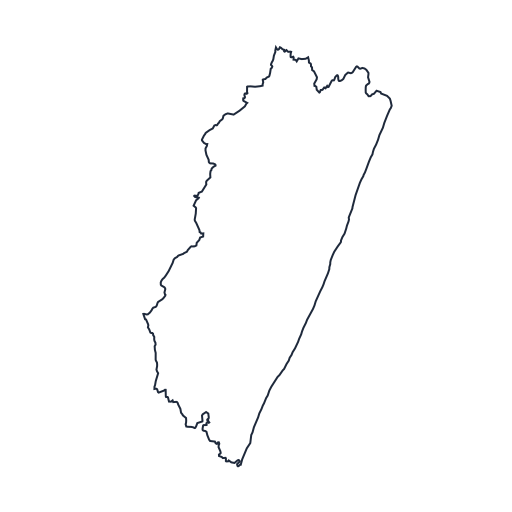 the district of Farafangana, Atsimo-Atsinanana, Madagascar, rotated 14°
{"feature_id": "10022922B75046296685916", "entity_name": "Farafangana", "entity_type": "district", "adm_level": 2, "iso_a3": "MDG", "parent_name": "Madagascar", "parent_adm1": "Atsimo-Atsinanana", "projection": "equal_earth", "projection_center": [47.638, -22.832], "detail": "fine", "context": "isolated", "style": "outline", "palette": "slate", "viewbox_px": 512, "rotation_deg": 14, "n_neighbors": 0, "source": "geoboundaries", "source_scale": "gbopen_adm2", "svg_char_len": 6021}
<svg xmlns="http://www.w3.org/2000/svg" viewBox="0 0 512 512"><g transform="rotate(14 256 256)"><path d="M224.9,48.8L225.0,51.9L225.4,53.3L224.9,57.3L225.2,60.9L225.0,62.6L224.5,64.2L224.2,66.3L224.3,66.9L225.7,67.8L226.0,68.3L225.7,69.8L225.0,70.7L225.4,75.0L225.4,77.9L225.2,78.7L223.2,80.3L222.3,82.0L220.1,83.0L219.9,83.4L221.0,85.7L220.9,87.7L221.2,89.1L219.0,90.2L214.2,92.0L209.7,92.7L206.7,93.6L206.4,93.9L207.7,99.3L208.3,100.0L208.1,100.5L207.3,101.0L206.4,100.8L205.9,101.1L205.7,101.8L205.8,102.7L206.9,104.5L206.6,105.7L205.5,106.1L205.6,106.8L205.8,107.8L206.3,108.5L210.4,109.6L209.8,110.5L209.0,113.5L204.8,119.1L200.1,124.2L194.1,124.5L192.3,125.7L191.5,126.5L190.5,127.8L190.5,130.6L190.2,131.5L188.2,134.0L187.8,135.7L187.1,136.7L186.7,138.2L186.3,138.7L185.1,138.7L184.0,139.5L183.2,142.7L180.6,145.0L177.7,148.4L177.2,149.3L177.2,149.9L176.4,151.7L175.4,156.2L175.6,156.9L178.2,158.9L180.6,159.5L181.6,159.2L181.7,161.1L181.0,163.8L181.5,165.9L183.4,169.8L186.8,174.1L187.5,176.2L188.3,176.9L189.2,177.2L192.0,176.6L194.0,176.9L194.6,177.3L194.9,178.1L193.3,179.6L192.2,181.2L191.8,182.3L191.9,183.6L191.4,184.4L191.4,185.2L191.7,187.5L192.7,190.8L190.2,194.6L189.7,195.7L189.9,197.1L190.5,198.6L187.9,206.6L185.1,208.6L185.1,210.1L184.6,211.8L181.7,212.3L181.5,212.7L182.7,213.5L186.4,213.3L186.3,213.9L184.4,216.4L183.3,222.3L185.8,223.5L186.3,224.1L187.3,229.5L187.7,235.4L188.1,236.5L190.1,238.5L194.8,244.5L195.6,246.5L196.4,246.5L197.4,247.5L199.4,246.8L200.0,249.9L197.3,251.6L197.1,254.2L195.3,257.5L195.6,260.2L194.1,261.5L193.4,261.6L192.7,262.0L191.1,262.2L190.5,262.7L188.4,266.7L187.9,268.6L185.4,270.7L184.9,271.5L180.8,274.2L180.2,274.9L179.8,275.9L177.8,277.8L177.0,279.5L176.8,282.9L174.9,291.8L173.2,296.8L172.2,299.2L171.0,300.9L170.5,302.1L170.1,303.4L170.0,304.9L170.6,306.9L171.2,307.5L174.7,308.5L175.7,309.4L176.0,310.2L176.0,313.5L177.0,315.3L177.5,315.5L177.6,316.4L176.6,318.8L175.6,320.6L172.1,324.3L171.8,325.5L171.7,327.7L171.4,329.0L170.9,329.7L168.8,331.0L168.2,332.3L167.8,334.0L166.7,336.6L165.1,338.8L164.0,339.2L161.3,339.2L160.7,339.5L163.7,344.2L164.6,344.2L164.9,344.5L167.8,348.3L168.3,349.3L168.4,351.4L170.1,353.0L172.0,355.8L173.1,356.1L174.0,355.8L174.9,356.3L175.5,357.9L176.1,358.3L176.9,359.2L177.3,361.3L178.0,362.9L179.4,364.5L180.0,366.3L179.5,368.1L180.6,371.5L182.1,374.3L183.7,380.8L184.1,381.6L185.7,383.4L186.3,385.1L186.7,386.8L186.9,390.3L187.9,391.9L189.4,393.4L189.0,401.7L189.3,405.7L189.1,407.4L189.6,409.6L191.1,408.9L192.3,409.2L193.9,411.8L194.6,412.1L199.2,408.9L200.1,407.8L200.7,407.7L202.4,413.9L202.9,414.6L204.3,414.2L204.8,414.5L206.8,418.3L208.8,417.9L210.0,416.3L211.0,417.8L214.0,416.8L214.8,416.9L215.7,417.7L216.4,418.9L219.6,422.6L221.2,426.2L223.2,427.7L223.5,428.3L227.3,430.1L228.1,432.6L228.5,434.9L228.4,436.2L229.6,438.3L231.3,438.2L234.3,437.5L236.4,437.4L238.0,437.8L238.6,437.5L239.1,435.8L239.5,432.3L244.0,429.5L244.0,429.0L242.2,423.9L242.6,422.5L245.3,419.5L247.8,420.4L249.1,423.7L249.3,424.6L249.2,425.5L248.6,425.9L248.3,426.6L248.5,427.1L249.0,426.7L249.9,428.0L250.9,428.8L250.5,429.3L249.4,429.0L248.4,430.1L248.4,430.7L249.0,431.8L248.8,432.0L246.0,432.8L245.7,433.3L245.9,436.3L246.1,437.2L246.5,437.9L247.3,438.2L249.3,438.1L250.5,438.6L252.1,441.6L254.9,445.5L256.2,446.6L261.0,446.0L262.1,447.4L263.2,447.8L263.5,447.8L263.9,446.3L264.4,445.9L265.0,445.8L265.8,447.1L265.6,448.7L265.9,450.5L268.6,454.0L269.3,455.4L269.4,455.8L268.9,456.7L268.1,457.6L268.5,459.0L271.4,459.3L272.7,460.1L275.3,459.2L275.8,459.8L276.4,462.3L276.8,462.5L278.6,462.0L279.0,461.0L282.0,462.2L285.2,462.0L287.5,458.8L288.3,458.2L289.0,458.3L289.6,458.8L289.7,459.6L289.3,460.5L288.1,462.2L288.1,462.9L288.9,464.2L289.4,464.4L289.9,464.1L291.1,462.3L291.7,462.2L291.8,456.6L293.6,444.8L295.7,438.9L294.7,430.8L295.3,428.0L295.4,422.6L297.1,412.0L297.3,407.9L298.3,403.4L298.8,399.4L299.4,397.1L300.2,391.4L301.1,388.6L301.5,383.3L302.5,379.1L306.2,368.1L307.6,365.8L309.6,360.5L310.6,358.8L311.8,353.3L313.1,349.6L313.3,346.5L314.4,343.5L314.8,340.5L316.2,336.2L317.6,329.2L317.9,325.9L318.8,321.1L318.9,318.2L319.4,314.2L320.6,308.9L321.0,305.5L324.1,293.6L324.7,289.9L324.9,285.5L326.9,274.5L327.9,270.3L328.4,267.1L328.6,264.0L330.0,255.4L330.2,252.5L330.3,251.0L329.9,249.1L330.0,245.9L329.6,244.2L329.5,241.8L330.2,236.6L330.9,232.9L333.0,226.9L334.9,222.3L335.0,221.6L334.7,220.5L335.3,216.6L336.5,212.9L336.9,207.6L336.9,204.5L337.4,200.3L337.4,198.0L336.7,196.4L336.8,195.1L338.0,186.5L337.8,185.2L337.9,172.8L339.1,159.8L339.8,156.0L340.8,152.6L340.8,151.3L341.5,148.6L342.0,144.5L342.8,136.9L343.5,132.3L344.4,129.3L344.3,126.5L344.5,123.4L345.6,118.8L346.3,113.7L346.5,108.8L348.1,100.8L348.3,95.8L349.3,88.0L350.4,81.4L351.0,79.9L351.3,77.4L349.1,73.0L347.8,70.9L344.4,68.9L338.1,68.1L337.1,66.8L333.0,66.5L331.1,70.2L329.6,71.0L328.4,73.2L326.6,73.7L324.9,72.2L323.5,71.5L322.9,70.8L322.2,68.2L321.6,65.5L321.6,64.0L322.8,62.2L323.6,61.6L324.0,60.6L324.0,59.6L321.5,55.5L321.1,52.2L320.8,51.1L318.1,48.7L316.0,47.8L313.7,47.8L312.0,49.0L311.0,49.1L308.7,47.7L308.0,47.6L307.4,48.2L305.4,54.2L304.8,55.0L303.8,55.7L301.0,55.7L300.4,56.4L298.8,58.8L297.9,63.1L296.6,64.8L295.1,65.9L294.3,66.1L293.7,65.7L292.9,64.1L292.5,62.5L291.7,61.1L291.3,60.9L290.7,61.2L289.6,63.2L289.3,66.2L289.0,66.8L287.8,66.9L287.4,67.2L287.0,68.0L285.5,74.4L284.9,74.7L283.9,73.8L282.9,76.5L282.4,76.4L282.1,75.9L281.4,76.0L280.3,78.7L278.6,79.3L278.3,81.7L277.9,82.1L274.7,80.0L273.6,77.2L272.4,76.7L271.6,76.8L270.8,74.6L272.1,69.9L271.9,67.8L267.6,62.8L265.5,62.0L264.7,59.4L263.5,58.7L262.9,56.6L262.5,56.1L260.6,55.5L260.0,53.5L258.5,50.6L256.5,52.6L252.7,53.9L249.4,54.0L248.4,57.3L247.1,56.1L244.9,56.4L244.5,54.2L243.9,53.6L242.4,54.6L241.6,54.6L241.2,53.8L240.7,51.4L240.7,49.4L239.8,49.4L238.3,50.0L237.5,50.0L235.7,48.8L235.2,49.3L234.9,50.3L234.4,50.8L233.8,50.6L233.3,49.1L231.7,49.0L230.0,48.0L228.7,47.7L228.3,49.5L227.8,50.3L227.1,50.6L226.3,50.2L224.9,48.8Z" fill="none" stroke="#1e293b" stroke-width="2"/></g></svg>